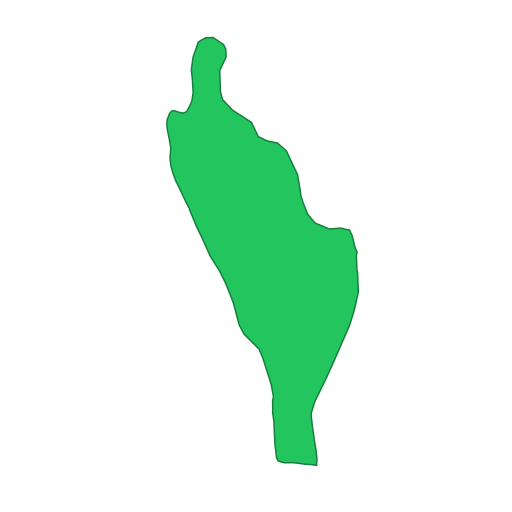 the district of El Rodeo, San Marcos, Guatemala, rotated 123°
{"feature_id": "79465075B79064464802759", "entity_name": "El Rodeo", "entity_type": "district", "adm_level": 2, "iso_a3": "GTM", "parent_name": "Guatemala", "parent_adm1": "San Marcos", "projection": "mercator", "projection_center": [-91.996, 14.886], "detail": "fine", "context": "isolated", "style": "filled", "palette": "green", "viewbox_px": 512, "rotation_deg": 123, "n_neighbors": 0, "source": "geoboundaries", "source_scale": "gbopen_adm2", "svg_char_len": 1494}
<svg xmlns="http://www.w3.org/2000/svg" viewBox="0 0 512 512"><g transform="rotate(123 256 256)"><path d="M107.7,420.9L123.2,417.2L135.0,411.7L142.3,405.7L153.5,397.5L161.3,394.1L169.1,393.0L172.9,392.9L175.7,394.8L177.2,398.0L178.2,402.1L179.0,404.2L180.4,405.7L183.5,406.1L189.7,404.9L193.6,402.8L198.1,399.4L205.5,392.1L211.7,386.4L220.3,381.7L223.3,379.4L226.5,376.7L231.5,371.1L236.8,364.0L241.8,355.6L248.9,344.2L252.1,338.3L254.3,335.6L256.5,332.3L263.6,322.1L270.8,310.1L274.8,304.0L280.9,294.5L284.9,286.1L288.0,279.1L291.2,273.7L295.5,266.5L301.7,257.6L307.9,249.2L314.0,242.4L318.7,237.3L323.0,232.5L328.1,223.2L332.4,202.9L335.4,198.3L337.7,194.9L355.6,173.1L361.9,167.2L364.0,165.0L368.8,163.0L375.2,158.6L377.7,157.2L385.5,150.5L395.3,143.6L403.5,137.6L407.9,134.0L414.4,128.5L415.8,125.4L414.0,119.6L410.4,114.3L408.6,111.3L403.9,101.5L401.0,96.4L398.6,91.1L397.2,92.0L394.1,93.7L391.3,95.7L386.2,99.9L380.4,105.2L368.7,115.4L365.1,118.4L361.0,121.9L358.0,124.0L346.1,127.4L322.0,130.3L305.2,132.8L264.0,139.6L255.6,141.9L246.9,144.4L230.6,150.5L214.6,161.8L213.0,163.5L201.1,172.0L197.7,173.3L195.1,177.4L186.5,186.5L183.2,191.9L184.7,195.1L186.3,199.9L193.4,209.3L196.2,224.5L192.8,235.5L185.8,245.3L181.1,251.1L178.0,253.6L165.2,265.4L151.3,287.8L149.6,299.6L153.5,309.7L154.6,319.2L146.4,332.6L146.5,354.8L143.0,369.3L137.7,375.2L120.1,387.5L105.5,389.4L99.1,393.9L96.3,398.4L96.2,411.1L100.4,417.1L107.7,420.9Z" fill="#22c55e" stroke="#15803d" stroke-width="1.5"/></g></svg>